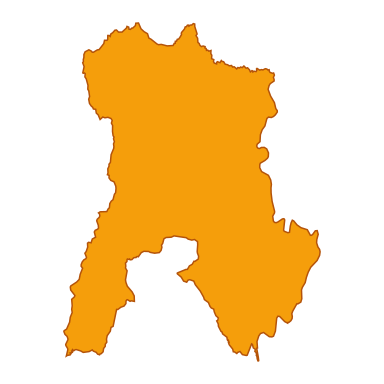 Anserma, Caldas, Colombia (Equal Earth projection)
{"feature_id": "7082276B96193110917166", "entity_name": "Anserma", "entity_type": "district", "adm_level": 2, "iso_a3": "COL", "parent_name": "Colombia", "parent_adm1": "Caldas", "projection": "equal_earth", "projection_center": [-75.766, 5.199], "detail": "fine", "context": "isolated", "style": "filled", "palette": "amber", "viewbox_px": 384, "rotation_deg": 0, "n_neighbors": 0, "source": "geoboundaries", "source_scale": "gbopen_adm2", "svg_char_len": 5880}
<svg xmlns="http://www.w3.org/2000/svg" viewBox="0 0 384 384"><path d="M319.6,255.4L320.1,251.8L319.6,249.5L317.9,246.9L316.6,242.8L316.8,239.6L318.2,234.3L317.2,230.6L315.3,230.8L312.7,234.4L311.5,235.3L310.4,235.3L307.3,229.7L301.0,227.7L297.1,225.0L293.7,220.9L292.3,220.2L291.1,222.8L290.3,226.1L289.5,232.3L287.9,232.7L284.3,231.3L283.6,230.2L284.7,220.0L284.3,219.0L283.3,218.7L282.1,219.1L277.9,222.0L276.1,222.7L274.5,222.4L273.4,221.1L272.7,216.2L274.5,212.9L274.6,211.4L272.1,201.3L271.1,193.0L271.0,187.9L271.4,184.4L270.7,180.0L268.4,175.3L261.6,171.6L259.7,167.6L259.8,164.5L260.3,163.2L264.9,160.5L267.5,158.2L268.3,156.7L268.5,152.9L266.7,148.9L264.3,147.4L261.3,147.5L259.6,148.5L258.1,148.3L257.1,147.2L256.7,146.0L257.2,144.2L260.0,141.7L260.4,134.7L262.2,129.7L264.9,126.0L266.9,118.5L268.5,117.1L271.3,117.5L273.5,116.5L275.4,114.8L277.3,112.0L277.2,110.5L275.8,108.6L274.4,102.6L270.6,96.1L268.1,89.3L269.1,85.5L270.3,83.6L274.1,81.0L274.1,79.5L273.4,77.4L274.4,75.1L273.6,73.0L272.7,73.3L270.2,72.5L269.4,71.5L269.1,69.7L268.0,70.0L266.8,69.0L265.3,68.7L262.9,69.9L261.4,69.6L259.7,70.1L257.0,68.4L256.5,68.9L256.8,70.4L256.1,71.6L254.0,71.2L252.9,72.0L252.6,70.9L252.0,70.6L250.4,71.9L249.5,69.9L247.6,67.8L246.1,68.2L243.9,66.0L242.2,67.6L240.7,67.0L239.4,68.0L237.9,67.5L236.7,68.9L234.2,66.8L232.5,67.0L231.6,65.5L229.2,65.8L227.6,64.7L225.2,64.2L223.6,61.7L222.1,61.4L221.3,60.5L220.0,62.7L217.5,61.7L216.7,62.3L216.6,63.9L214.3,63.1L213.5,61.7L213.8,59.6L211.6,58.7L211.8,55.2L210.8,53.5L211.0,50.5L208.8,51.2L207.7,50.1L206.5,50.4L206.1,48.5L204.9,47.9L205.1,46.6L203.1,46.0L201.4,46.6L199.9,45.3L199.2,43.5L197.9,42.4L197.6,38.2L196.0,35.6L197.1,34.0L194.8,26.6L194.7,24.0L193.3,23.6L191.8,25.0L190.0,25.1L188.9,26.2L188.1,25.0L187.3,25.3L186.4,26.7L185.2,26.9L184.4,29.1L181.6,32.4L181.3,33.3L181.5,34.6L179.8,37.5L178.6,39.1L177.3,39.3L176.5,41.2L175.3,41.3L175.2,43.3L174.2,43.4L173.1,45.5L167.2,45.9L161.3,44.4L158.5,44.7L157.0,44.0L151.0,39.2L148.9,38.1L147.5,33.7L144.1,31.7L141.0,28.8L138.5,23.0L135.8,23.2L135.4,25.6L132.7,28.1L131.8,28.1L130.4,29.4L129.0,29.2L128.7,27.1L127.0,26.4L126.4,28.1L122.0,32.1L118.5,32.1L116.5,30.0L114.9,30.2L112.8,32.6L110.8,34.0L110.2,36.4L109.1,35.5L107.8,35.5L107.7,39.4L107.0,40.3L104.5,40.3L103.8,43.6L99.1,49.6L97.3,49.9L93.3,52.3L92.2,52.2L91.5,51.2L88.9,49.8L85.1,51.8L83.9,54.5L83.9,57.3L83.3,59.5L83.4,61.6L82.7,62.7L84.1,66.6L82.8,72.8L83.2,73.3L84.5,73.0L85.2,73.7L84.9,76.9L86.2,78.8L88.0,85.4L87.8,89.2L88.8,91.0L89.6,96.6L88.7,99.2L89.5,103.5L91.2,106.0L92.7,107.3L93.4,109.0L95.7,109.3L96.3,113.1L98.2,114.9L100.1,119.5L102.8,117.0L104.9,117.8L107.9,117.3L111.0,118.5L112.2,120.5L111.4,123.1L112.6,125.5L112.5,131.5L113.1,135.7L114.0,137.1L113.5,138.8L114.4,141.7L113.5,143.9L113.9,146.6L113.7,148.4L111.1,154.7L110.4,162.4L109.0,164.2L109.0,166.2L107.8,168.8L108.0,172.9L107.4,174.7L109.1,175.4L109.0,177.9L110.8,180.4L114.0,181.8L115.8,186.2L116.0,188.5L115.6,192.7L114.4,194.3L113.0,199.7L111.2,201.2L109.8,203.6L109.4,207.7L108.1,209.0L106.8,211.6L100.2,211.8L98.5,212.9L99.5,213.9L99.8,215.9L99.3,217.3L97.2,219.3L96.7,220.8L98.3,225.3L98.5,228.1L97.6,229.2L95.2,230.3L94.3,232.0L95.6,237.2L92.3,239.0L91.1,242.8L88.6,242.3L87.5,243.2L87.7,247.1L86.2,251.5L84.9,253.2L86.5,257.3L85.9,258.7L83.9,259.8L82.3,261.8L81.2,264.5L81.1,266.2L82.6,268.2L80.2,274.3L79.2,279.4L76.6,282.1L70.8,285.9L70.3,287.0L70.7,290.0L74.9,295.5L74.4,296.9L71.7,299.3L72.2,305.8L71.7,309.3L72.2,312.5L70.3,317.2L69.6,322.2L66.6,329.1L64.1,330.7L63.9,331.6L65.0,334.4L67.1,336.4L67.9,338.7L67.9,339.8L65.7,344.4L65.9,345.6L67.6,348.4L67.8,349.8L66.3,356.1L67.4,355.4L70.2,354.9L71.0,353.6L70.1,353.0L72.3,352.4L71.7,351.2L72.4,351.1L72.2,350.3L72.5,349.6L73.7,350.8L75.3,349.7L76.4,349.6L80.6,350.9L83.2,352.4L89.1,351.6L92.3,349.9L93.3,351.1L96.2,352.3L97.6,354.1L99.6,354.8L100.0,354.0L101.2,353.7L103.1,351.8L103.6,348.5L105.2,346.4L105.3,344.2L106.8,342.2L106.5,339.0L107.2,335.7L110.3,331.2L111.0,327.4L113.1,326.4L116.6,309.4L117.8,309.5L120.9,307.2L124.0,306.1L125.9,303.6L126.0,301.0L126.9,299.8L127.5,299.7L130.1,301.3L131.2,300.8L134.4,301.4L134.2,295.9L132.2,292.0L127.3,286.2L125.9,282.3L125.5,279.8L127.1,270.8L125.5,268.0L125.8,266.2L125.5,263.0L126.9,261.6L127.1,259.3L127.5,259.0L129.1,259.5L129.6,259.0L130.3,259.8L131.9,259.6L133.8,257.7L136.1,257.5L136.4,256.8L137.2,256.5L138.3,256.8L141.3,252.6L143.9,251.3L148.7,251.5L150.3,252.4L154.6,253.2L159.3,252.6L161.1,250.4L161.9,247.3L161.5,245.1L162.7,243.4L163.9,238.8L166.1,237.5L171.3,237.2L174.0,235.9L186.3,237.7L188.1,239.1L191.8,240.1L194.5,239.5L197.5,241.6L197.7,244.6L197.2,251.4L197.4,253.0L198.6,256.2L198.3,259.0L194.9,261.4L194.0,261.2L192.2,264.3L189.4,265.9L187.4,269.4L186.0,269.4L177.9,272.7L177.2,273.2L177.4,273.9L181.2,277.1L183.6,281.1L186.7,282.2L188.1,280.1L189.8,279.7L193.8,281.1L195.3,284.7L200.2,291.0L203.6,297.1L204.4,299.6L208.4,302.5L210.0,306.4L211.3,308.0L213.7,309.1L214.3,311.9L215.9,315.7L218.3,317.9L217.8,320.1L216.7,320.9L218.2,323.8L218.4,326.3L221.0,331.4L222.0,332.0L222.6,333.9L226.9,337.2L227.3,339.7L227.6,340.3L228.3,340.1L229.0,342.3L228.4,342.3L229.2,344.7L232.7,349.1L233.3,351.8L234.5,351.9L236.8,353.5L237.7,352.4L240.0,351.5L242.4,354.6L246.3,355.5L247.2,355.2L251.6,343.9L252.4,344.4L253.3,347.9L255.3,349.3L254.9,351.5L255.9,352.3L256.5,354.0L256.3,355.5L256.9,356.2L257.2,358.8L257.9,360.9L258.2,361.0L258.7,360.7L258.3,357.2L256.7,348.2L257.5,348.0L257.0,341.5L258.8,335.9L260.5,333.5L263.6,332.5L269.3,336.7L271.9,336.9L273.5,336.2L275.4,331.2L276.7,318.1L277.9,316.2L279.7,316.5L284.7,321.6L287.7,323.2L287.9,322.5L289.0,322.3L290.9,320.7L292.1,318.6L292.3,316.4L291.8,313.7L292.8,311.0L296.9,303.7L297.8,303.9L300.8,302.1L301.8,298.8L301.5,289.9L302.4,287.3L305.2,282.6L306.4,277.4L308.2,272.2L310.7,267.3L317.1,260.5L319.6,255.4Z" fill="#f59e0b" stroke="#b45309" stroke-width="1.5"/></svg>